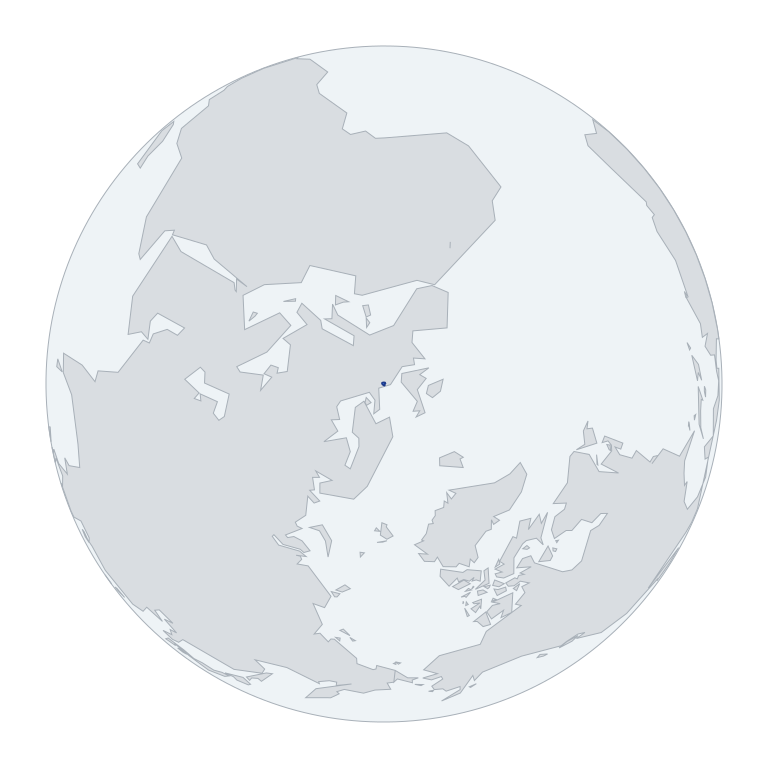 the Earth from above Drenthe, rotated 175°
{"feature_id": "NLD-894", "entity_name": "Drenthe", "entity_type": "Province", "adm_level": 1, "iso_a3": "NLD", "parent_name": "Netherlands", "parent_adm1": "", "projection": "orthographic", "projection_center": [6.524, 52.908], "detail": "fine", "context": "on_globe", "style": "filled", "palette": "blue", "viewbox_px": 768, "rotation_deg": 175, "n_neighbors": 0, "source": "natural_earth", "source_scale": "10m", "svg_char_len": 11220}
<svg xmlns="http://www.w3.org/2000/svg" viewBox="0 0 768 768"><g transform="rotate(175 384 384)"><circle cx="384" cy="384" r="338" fill="#eef3f6" stroke="#a8b0b8"/><path d="M47.2,411.0L47.1,410.9L46.5,399.7L48.9,400.1L51.1,379.1L51.0,370.6L49.1,370.5L51.4,338.7L55.9,318.8L82.6,232.4L89.5,219.5L96.3,209.8L138.6,157.6L104.7,195.3L114.8,181.1L129.2,164.2L128.8,165.7L148.7,147.1L162.3,134.3L189.3,117.5L214.5,113.7L205.5,119.0L212.6,118.0L224.4,111.7L230.4,107.8L270.7,100.9L311.0,88.4L319.8,80.7L320.9,85.9L334.9,69.5L354.3,63.2L334.8,72.9L334.6,76.0L348.9,72.6L351.9,75.2L360.5,75.2L362.7,78.8L351.2,85.0L352.4,87.6L362.4,85.1L371.0,87.7L356.0,90.8L369.4,95.8L352.6,108.5L310.8,116.3L303.7,128.6L266.6,151.4L272.2,153.2L261.8,163.9L264.4,170.1L256.7,173.2L265.4,175.7L271.9,171.7L277.8,171.7L280.0,175.2L270.6,179.5L268.2,178.3L266.5,181.5L261.0,182.2L264.9,183.9L253.3,189.1L267.8,189.3L261.2,198.0L252.7,200.1L249.7,192.7L222.5,181.4L213.0,182.4L202.6,190.5L190.9,220.0L182.0,224.4L172.7,235.6L179.3,236.1L189.0,227.7L199.0,231.9L209.6,221.7L215.3,222.2L227.7,215.2L229.9,224.2L225.3,236.9L215.1,243.5L212.7,249.5L225.8,250.1L209.9,269.6L205.1,295.6L200.6,300.2L185.7,295.9L177.4,278.0L158.1,274.9L174.6,285.3L163.0,297.5L162.8,303.3L165.8,307.8L171.8,306.6L168.7,312.9L151.2,304.3L153.8,298.5L159.3,301.1L155.3,293.0L143.4,288.5L138.4,295.7L125.8,283.1L122.0,288.3L117.2,288.9L124.0,281.3L111.6,295.1L95.9,286.3L78.7,310.4L91.2,281.3L92.9,269.0L93.5,256.8L90.5,260.4L95.3,240.8L92.7,232.8L81.5,244.3L71.7,263.3L67.3,282.9L70.7,281.2L70.3,293.5L60.5,303.6L58.0,330.6L52.4,343.2L50.3,358.0L51.6,368.1L52.2,384.2L56.1,384.2L60.9,393.6L57.3,406.2L62.8,402.7L63.5,416.5L75.3,443.6L73.5,444.3L82.8,481.7L98.7,512.1L102.3,526.5L99.9,529.1L106.7,538.9L106.9,542.6L139.2,579.5L160.0,603.6L162.2,614.8L150.4,615.1L153.0,629.2L138.1,615.7L121.4,596.6L106.2,576.3L92.5,555.0L80.5,532.6L70.2,509.4L61.7,485.6L55.0,461.1L50.1,436.2L47.2,411.0ZM73.6,316.4L71.2,354.2L67.8,340.1L69.3,341.0L70.9,329.8L72.2,312.9L70.6,301.5L73.6,316.4ZM83.3,316.6L83.3,311.0L83.9,315.6L83.3,316.6ZM232.6,105.8L224.3,111.4L212.6,116.5L219.1,111.4L232.6,105.8ZM255.2,98.1L252.2,101.0L244.6,100.8L248.7,99.1L255.2,98.1ZM325.4,74.9L318.1,77.4L324.2,74.2L325.4,74.9ZM361.3,74.6L362.4,73.3L366.4,74.0L361.3,74.6ZM225.7,210.9L226.6,213.0L223.8,213.2L225.7,210.9ZM230.1,206.0L226.2,204.7L227.7,202.2L230.1,203.0L230.1,206.0ZM373.4,80.3L379.5,82.1L371.3,81.2L373.4,80.3ZM234.7,208.3L231.0,198.0L233.8,193.7L245.3,193.5L234.7,208.3ZM381.7,83.9L396.4,89.0L400.2,86.1L397.8,97.7L386.0,89.2L375.4,88.3L381.7,86.6L381.7,83.9ZM273.0,169.0L266.2,173.3L269.9,166.6L273.0,169.0ZM273.9,164.8L276.7,145.3L287.8,141.1L284.6,148.2L297.4,140.6L301.5,148.1L295.3,154.0L287.4,155.1L295.0,157.2L273.9,164.8ZM394.1,103.6L395.9,105.9L391.8,104.7L394.1,103.6ZM280.5,171.1L280.1,167.4L289.7,163.4L292.3,170.2L288.3,169.3L280.5,171.1ZM298.8,135.2L306.4,133.7L311.8,139.3L315.4,139.5L302.5,148.0L298.8,135.2ZM287.2,172.0L293.3,173.9L290.8,179.1L281.6,174.6L287.2,172.0ZM291.1,159.6L295.8,158.1L294.0,161.1L291.1,159.6ZM285.0,199.3L284.3,194.5L289.2,191.9L285.0,199.3ZM295.8,174.3L296.6,172.5L298.5,171.0L301.9,173.4L295.8,174.3ZM307.2,151.5L307.8,154.3L312.7,148.3L316.9,152.5L307.6,157.5L313.4,157.2L314.7,158.5L305.6,161.1L307.2,151.5ZM310.9,171.5L300.4,179.9L300.7,189.2L296.3,191.7L296.7,176.3L310.9,171.5ZM308.6,165.1L309.0,169.6L303.3,170.2L299.5,167.5L308.6,165.1ZM323.2,153.7L319.2,145.9L321.3,145.1L323.2,153.7ZM312.1,174.1L314.6,172.0L312.8,174.7L312.1,174.1ZM321.0,159.8L319.3,157.0L321.9,156.2L321.0,159.8ZM321.0,170.4L317.7,173.0L314.9,171.2L321.0,170.4ZM322.0,165.4L325.8,165.0L316.0,169.0L320.8,164.3L322.0,165.4ZM323.7,159.4L324.6,158.0L324.1,160.7L323.7,159.4ZM333.3,176.2L321.5,181.7L315.5,177.5L327.8,172.7L333.3,176.2ZM720.2,350.0L719.1,344.4L718.6,347.9L715.0,333.2L707.3,321.8L708.5,338.3L704.8,330.1L694.4,327.3L694.1,350.9L696.1,400.5L702.5,423.4L700.5,442.6L683.0,429.1L671.7,411.5L667.7,422.0L647.9,418.8L620.1,448.7L614.2,445.3L609.5,454.0L595.2,457.3L585.5,450.5L577.8,457.2L603.3,474.3L611.3,467.0L615.3,449.1L621.1,457.2L634.6,455.7L626.7,493.4L582.3,549.6L574.7,533.6L524.5,498.0L524.2,490.7L523.9,490.0L523.1,488.9L521.7,501.4L512.0,492.9L542.3,523.3L548.7,538.0L581.7,551.1L579.4,555.5L589.0,555.7L616.0,529.3L616.9,535.2L606.1,571.2L565.8,626.7L569.4,641.7L563.5,656.3L534.6,676.4L533.2,682.6L517.7,690.6L514.1,694.0L499.5,700.9L476.5,708.9L441.5,716.7L442.3,715.6L429.4,714.0L412.9,699.7L424.9,688.1L423.1,679.1L397.4,657.2L403.3,641.8L395.6,635.5L380.3,637.6L371.1,629.5L361.6,629.1L299.6,628.7L279.0,613.8L250.3,570.1L260.2,557.1L259.0,537.4L324.9,478.5L342.2,484.4L398.0,474.3L405.6,476.5L402.7,494.2L447.5,508.5L457.6,492.2L494.5,493.4L516.7,484.6L518.1,450.3L481.7,464.0L471.7,450.5L497.9,426.0L529.2,414.1L526.3,408.5L503.5,403.4L507.5,388.4L495.2,400.6L502.6,404.7L495.0,412.7L487.9,409.5L489.6,404.1L479.3,404.9L473.8,431.2L480.6,438.2L455.5,449.9L464.5,463.0L458.8,471.6L441.5,452.9L440.8,444.4L411.2,424.9L409.6,434.7L437.5,454.0L430.2,453.6L428.3,468.1L424.0,456.7L394.0,434.0L369.3,441.4L343.1,476.0L327.6,477.9L312.1,469.6L316.3,434.4L350.6,434.4L352.5,422.9L341.0,405.5L352.4,407.3L351.9,400.6L364.4,399.7L377.6,382.8L389.6,380.3L390.5,359.1L396.8,355.2L394.4,368.7L399.3,377.0L428.7,370.9L433.1,365.5L431.3,352.5L439.6,352.9L434.1,341.1L448.9,331.8L426.2,333.7L423.5,319.5L430.0,306.5L425.0,302.4L414.4,323.8L413.8,332.2L419.8,338.7L414.6,363.2L405.5,368.6L395.5,345.1L381.4,350.5L379.8,330.7L409.6,283.5L424.2,271.9L457.4,280.9L456.5,290.9L444.1,292.5L459.6,303.4L456.4,296.6L463.3,297.2L462.5,284.6L467.3,284.6L458.2,273.0L464.0,271.5L469.7,278.9L473.4,260.0L484.4,254.1L482.9,250.0L478.2,247.2L495.3,242.2L493.4,239.4L487.1,239.9L479.3,234.9L472.2,224.3L478.5,223.1L481.9,226.7L498.6,233.0L506.8,243.5L508.6,242.0L503.0,232.7L482.7,224.9L476.6,218.9L486.5,221.1L482.4,219.8L481.3,216.5L486.2,212.3L475.4,209.4L455.3,177.1L462.7,166.4L473.8,171.5L466.4,149.9L475.4,141.0L469.5,141.3L462.0,132.0L459.1,134.6L455.7,134.1L435.2,113.1L435.3,107.8L419.8,100.4L416.8,100.8L415.8,104.2L397.8,97.7L400.2,86.1L406.9,85.8L403.9,79.3L419.7,79.9L431.3,77.8L450.2,83.2L457.8,81.6L455.7,79.3L464.4,76.1L489.4,78.3L478.3,86.4L442.5,88.0L457.9,87.8L457.1,91.1L464.3,93.2L475.0,93.2L474.5,91.1L505.5,110.0L536.5,120.5L527.7,110.4L530.7,106.5L558.3,112.8L606.7,146.9L611.1,144.6L617.0,148.1L625.6,157.8L617.2,152.8L618.4,158.0L612.3,154.1L623.3,168.9L615.1,164.0L627.6,178.6L632.1,178.6L625.4,166.8L639.8,182.3L643.8,178.6L653.5,186.6L677.9,222.7L688.9,247.8L691.5,252.4L691.1,256.5L697.8,273.9L704.5,278.5L706.9,284.9L714.3,313.5L713.2,309.4L712.1,320.4L717.2,338.8L718.2,334.3L718.4,335.5L720.2,350.0ZM306.4,513.5L305.6,519.8L306.4,513.5ZM565.5,416.7L582.1,406.1L569.0,391.2L574.3,386.1L567.9,383.1L568.0,390.2L551.5,380.9L556.6,369.8L551.7,362.2L545.9,365.5L539.1,387.5L562.7,400.6L561.3,411.5L565.5,416.7ZM75.8,444.3L76.7,450.0L74.5,445.7L75.8,444.3ZM64.8,342.9L65.5,349.0L65.0,353.9L64.0,350.1L64.8,342.9ZM76.6,391.3L78.5,398.9L75.4,393.1L76.6,391.3ZM71.4,359.8L74.9,385.8L69.0,376.1L67.2,360.0L69.9,368.1L71.4,359.8ZM77.9,320.9L77.8,325.4L76.1,326.5L77.9,320.9ZM83.7,320.0L83.4,318.7L84.5,315.1L83.7,320.0ZM164.1,298.0L165.4,298.9L167.3,304.3L164.1,303.4L164.1,298.0ZM189.5,319.8L184.0,329.4L185.7,321.7L180.2,321.9L177.1,306.5L198.1,301.7L189.2,306.4L189.5,319.8ZM178.8,285.3L178.4,295.1L178.0,284.6L178.8,285.3ZM336.9,366.2L342.6,370.8L339.9,378.7L324.7,383.6L328.4,371.9L336.9,366.2ZM351.3,375.5L345.6,351.8L354.9,348.3L350.7,354.2L357.4,354.3L352.3,363.8L366.7,384.4L365.3,392.9L337.9,396.2L347.6,390.2L341.5,385.9L351.3,375.5ZM314.8,302.7L312.4,293.9L335.6,297.7L335.1,305.6L319.8,310.5L311.4,304.1L314.8,302.7ZM255.7,210.6L253.3,208.1L255.9,206.8L260.1,207.8L255.7,210.6ZM284.3,197.2L268.9,220.7L265.4,218.9L260.6,235.6L249.4,237.4L252.9,226.4L240.7,240.7L239.4,231.5L232.2,241.9L241.1,217.1L239.4,209.9L245.6,217.1L255.8,215.6L259.8,212.7L269.7,199.5L271.2,183.8L281.6,180.3L288.6,182.0L289.8,185.2L282.7,186.4L289.5,189.9L280.0,194.1L284.3,197.2ZM364.3,212.1L355.5,210.7L367.6,221.2L358.2,224.3L360.2,225.3L354.9,231.3L351.8,240.5L347.1,240.7L348.0,244.2L344.4,248.4L344.1,253.4L335.3,255.8L334.2,262.2L330.7,259.7L331.0,270.3L326.9,263.6L321.9,268.8L328.5,272.6L282.5,275.9L266.4,283.5L255.1,293.9L249.6,281.7L256.5,264.6L270.0,247.6L286.3,242.4L280.8,238.2L287.0,234.6L288.8,239.4L289.8,229.9L295.3,228.4L307.3,215.1L305.4,203.0L309.7,198.1L313.3,202.1L315.1,194.5L324.8,198.8L328.1,195.6L341.0,196.9L345.9,206.9L349.2,202.6L359.2,203.8L364.3,212.1ZM336.8,176.9L344.9,187.5L343.7,194.6L321.8,189.4L317.4,191.8L303.4,189.4L305.4,179.2L309.2,180.8L313.4,180.0L311.1,183.5L316.1,180.1L321.5,182.3L326.9,180.4L328.0,184.3L336.8,176.9ZM412.0,469.0L417.4,469.1L425.5,467.0L424.4,476.4L412.0,469.0ZM391.3,453.9L395.9,452.3L398.4,463.9L392.7,464.1L391.3,453.9ZM396.4,441.8L396.0,451.3L392.8,446.3L396.4,441.8ZM398.5,366.6L403.2,364.3L404.5,367.2L402.9,372.1L398.5,366.6ZM398.2,246.0L393.3,243.5L394.2,241.5L388.2,231.8L394.6,229.1L400.8,233.8L398.2,246.0ZM513.1,458.4L508.0,467.1L504.0,465.5L506.6,462.8L513.1,458.4ZM465.0,474.2L477.0,475.0L464.6,476.7L465.0,474.2ZM404.2,241.4L401.0,237.6L406.2,238.6L404.2,241.4ZM399.0,226.6L404.8,226.8L394.7,227.6L399.0,226.6ZM610.3,624.8L583.3,655.6L570.5,663.9L571.3,660.8L583.4,645.1L599.3,631.7L608.0,620.3L610.3,624.8ZM721.7,370.6L720.3,370.3L720.5,360.9L720.7,355.5L721.7,370.6ZM703.5,424.1L708.5,429.8L706.8,437.5L703.5,424.1ZM694.9,257.8L697.3,265.6L695.7,263.1L691.6,251.7L694.9,257.8ZM661.0,194.0L667.1,201.4L669.8,205.2L667.9,203.7L661.0,194.0ZM454.8,216.5L456.0,232.7L461.1,243.4L470.7,247.6L457.7,249.1L449.8,232.5L454.8,216.5ZM454.6,181.8L446.2,178.9L449.3,176.0L451.7,176.3L454.6,181.8ZM449.9,183.0L440.4,187.3L435.4,183.0L443.8,180.4L449.9,183.0ZM422.6,213.7L422.5,218.5L418.3,217.5L422.6,213.7ZM678.5,218.3L676.3,214.6L672.7,208.5L673.5,209.8L678.5,218.3ZM612.6,139.0L609.3,137.3L604.0,131.9L607.8,134.5L612.6,139.0ZM583.7,114.3L601.5,130.0L615.3,143.8L614.4,141.6L623.6,149.2L621.2,149.8L606.5,136.5L597.3,127.1L589.3,122.1L578.5,113.8L570.6,110.9L563.8,106.7L568.1,106.6L583.7,114.3ZM567.6,110.1L550.0,104.0L543.1,96.5L545.4,96.1L556.4,101.9L559.4,105.5L567.6,110.1ZM543.7,100.5L546.5,104.1L526.4,106.4L520.4,105.1L532.0,98.5L535.2,101.7L541.4,102.7L543.7,100.5ZM398.9,104.7L396.2,105.8L396.6,103.6L398.9,104.7ZM454.3,135.8L449.8,134.7L450.5,131.9L454.3,135.8ZM437.6,130.6L440.1,134.5L434.9,130.8L437.6,130.6ZM445.9,143.4L439.8,136.3L449.4,142.4L445.9,143.4Z" fill="#d9dde1" stroke="#a8b0b8" stroke-width="1"/><path d="M386.0,384.4L385.9,384.5L385.9,385.3L385.8,385.5L385.6,385.6L385.4,385.6L385.2,385.6L384.9,385.6L384.7,385.7L384.4,385.4L384.2,385.4L384.0,385.5L383.8,385.7L383.7,385.7L383.4,385.6L383.3,385.4L383.1,385.4L382.9,385.3L382.7,385.3L382.6,384.9L382.9,384.7L382.6,384.3L382.9,384.1L383.0,383.9L383.3,383.9L383.4,384.0L383.5,383.9L383.7,383.7L383.4,383.3L383.4,383.2L383.2,383.0L383.2,382.9L383.3,382.9L383.4,382.7L383.5,382.6L383.6,382.4L383.8,382.3L384.0,382.3L384.1,382.5L384.3,382.7L384.4,382.8L384.6,382.8L384.8,382.8L385.0,383.1L385.3,383.4L385.5,383.5L385.8,384.0L385.9,384.3L386.0,384.4L386.0,384.4Z" fill="#3b82f6" stroke="#1e3a8a" stroke-width="1.5"/></g></svg>